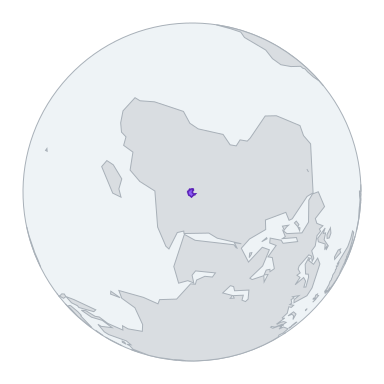 globe centered on Central Equatoria, rotated 133°
{"feature_id": "SDS-865", "entity_name": "Central Equatoria", "entity_type": "State", "adm_level": 1, "iso_a3": "SSD", "parent_name": "South Sudan", "parent_adm1": "", "projection": "orthographic", "projection_center": [30.797, 4.842], "detail": "fine", "context": "on_globe", "style": "filled", "palette": "violet", "viewbox_px": 384, "rotation_deg": 133, "n_neighbors": 0, "source": "natural_earth", "source_scale": "10m", "svg_char_len": 7723}
<svg xmlns="http://www.w3.org/2000/svg" viewBox="0 0 384 384"><g transform="rotate(133 192 192)"><circle cx="192" cy="192" r="169" fill="#eef3f6" stroke="#a8b0b8"/><path d="M104.7,47.3L108.7,45.0L98.4,51.5L91.1,57.6L88.5,59.6L84.0,62.4L84.5,61.6L94.4,54.1L104.7,47.3ZM75.4,69.7L74.4,70.7L74.5,70.7L76.8,68.6L74.5,71.0L71.3,73.8L75.4,69.7ZM24.7,168.2L24.1,175.0L25.1,181.6L25.3,189.2L24.9,193.5L25.9,195.3L26.0,198.3L32.7,205.1L38.3,213.8L39.6,224.1L37.9,234.9L43.2,259.0L41.8,265.4L46.2,275.0L53.2,288.2L52.5,287.3L45.8,276.7L39.9,265.7L34.9,254.2L30.7,242.4L27.4,230.3L25.1,218.1L23.6,205.6L23.0,193.1L23.4,180.6L24.7,168.2ZM170.5,24.4L164.0,25.4L170.5,24.4ZM322.1,84.2L323.5,86.2L319.6,81.5L322.8,86.1L326.1,90.0L326.1,89.3L330.5,96.0L335.7,103.3L340.9,112.2L347.2,127.9L346.9,132.9L347.8,135.9L345.4,132.5L345.7,138.6L353.1,155.7L354.1,160.8L352.9,170.6L352.2,166.8L345.7,157.9L347.1,170.1L352.1,180.1L353.9,192.3L351.2,188.6L349.0,178.1L346.7,174.6L345.5,163.8L340.1,148.4L337.2,151.6L335.7,145.4L327.8,133.3L322.6,137.7L315.6,154.8L317.6,170.9L313.9,178.3L302.2,155.7L297.0,140.6L292.8,142.3L280.8,130.2L260.1,130.4L257.2,126.6L253.3,128.6L244.9,125.1L240.3,119.1L235.2,119.7L247.3,135.6L252.8,135.2L257.3,128.7L259.7,134.6L267.8,139.6L258.9,154.5L228.2,168.7L225.2,156.8L202.0,125.4L202.7,121.9L202.6,121.5L202.3,120.8L200.2,126.5L196.2,120.6L208.6,142.1L210.6,151.7L227.8,169.5L226.2,171.4L231.7,175.1L249.4,170.0L249.5,174.1L241.1,193.2L216.6,219.8L219.9,237.3L218.2,252.2L203.1,262.4L204.5,273.8L196.7,277.9L196.3,284.4L190.1,291.3L179.7,297.8L161.9,298.0L160.7,292.2L151.6,280.9L138.9,253.2L143.2,240.4L141.6,230.5L128.7,208.5L131.5,196.3L128.1,191.1L121.1,192.4L117.1,186.3L112.9,186.2L86.5,190.3L78.7,182.3L69.8,158.3L74.7,148.9L75.9,138.1L110.0,102.9L116.8,104.8L143.2,100.4L146.5,101.7L142.9,109.5L162.4,119.2L169.2,112.5L187.2,117.9L199.5,117.6L204.7,102.9L184.5,102.9L181.5,96.0L197.9,89.9L215.6,90.9L215.0,88.3L204.2,82.4L208.6,77.9L200.5,80.2L203.5,82.7L198.5,84.5L195.4,82.3L197.1,80.6L191.9,79.5L185.2,88.6L187.6,92.2L173.7,94.0L176.3,100.4L172.4,103.4L166.5,93.9L167.4,90.4L156.2,80.9L154.1,84.6L164.5,94.1L161.0,93.3L158.2,99.3L157.7,94.2L146.9,83.7L134.6,86.2L118.3,101.0L111.3,102.5L105.7,99.8L112.3,85.1L127.3,83.7L129.8,79.3L127.4,73.2L132.2,73.6L133.0,71.2L138.7,70.8L147.4,65.1L153.3,64.4L157.3,57.8L160.8,56.8L157.4,60.8L158.3,63.7L173.0,63.2L176.0,61.8L177.4,57.7L181.3,58.5L180.8,54.7L189.5,53.3L178.4,52.0L179.7,48.1L185.3,45.3L183.8,43.9L174.7,48.7L172.8,50.9L174.5,53.0L167.7,59.9L162.6,61.2L162.0,53.8L154.6,55.0L157.4,49.4L180.3,38.8L189.5,37.2L203.5,41.9L201.1,43.9L194.8,43.1L200.1,47.1L199.9,45.2L203.1,46.1L205.2,43.2L207.6,43.7L205.5,40.4L208.7,40.7L209.9,42.9L215.7,39.7L222.5,40.2L222.6,39.3L220.9,38.2L230.6,40.0L230.3,39.3L227.0,38.4L224.2,36.5L223.1,34.2L226.5,34.9L227.4,35.9L234.3,39.3L236.1,42.2L237.3,42.3L236.6,40.0L228.2,35.7L226.6,34.2L231.0,35.9L229.2,35.1L229.5,34.6L232.9,34.9L228.3,33.0L226.5,28.4L233.0,29.2L237.2,30.8L239.5,30.1L246.7,32.2L243.6,31.1L243.2,31.0L254.6,35.1L265.6,39.9L276.3,45.5L286.5,51.9L296.2,59.0L305.4,66.8L314.1,75.2L322.1,84.2ZM97.9,120.4L96.9,123.6L97.9,120.4ZM234.3,100.0L244.9,100.7L240.1,91.8L243.8,91.5L240.8,88.8L239.7,91.2L232.5,84.1L237.0,81.7L235.7,78.2L232.1,77.9L224.9,83.5L235.2,93.5L232.8,97.0L234.3,100.0ZM75.9,69.2L76.2,69.0L75.7,69.5L74.8,70.3L75.9,69.2ZM80.6,66.8L76.7,70.6L78.8,68.2L76.8,69.7L78.7,67.0L87.3,60.5L83.1,63.8L80.6,66.8ZM83.7,62.3L81.5,64.3L83.6,62.4L83.7,62.3ZM132.0,60.3L133.8,61.5L131.3,64.1L123.8,66.3L127.3,62.4L132.0,60.3ZM136.8,62.8L138.4,55.6L143.1,54.4L140.2,56.2L143.1,56.1L139.2,59.1L142.2,65.6L140.2,68.4L127.5,70.1L132.8,67.7L130.8,66.4L136.8,62.8ZM134.0,43.9L134.8,42.0L144.0,41.7L142.3,43.5L134.7,45.5L132.3,44.5L134.0,43.9ZM140.8,31.0L132.5,33.9L131.5,34.3L125.7,36.9L120.8,38.9L124.8,37.0L116.7,40.9L118.3,40.0L113.1,42.6L116.0,41.1L128.2,35.6L140.8,31.0ZM175.2,26.1L171.6,26.1L174.6,27.2L169.6,27.6L170.3,27.8L166.6,28.6L163.2,30.1L161.0,30.2L160.6,30.7L158.1,31.5L156.9,32.4L152.6,33.1L150.7,34.3L149.7,34.0L147.6,36.0L147.2,34.9L144.0,36.2L146.0,36.6L125.8,40.8L117.6,44.3L111.0,48.0L111.2,46.3L117.6,42.0L126.8,37.3L134.6,34.6L133.3,34.6L136.7,33.4L136.3,33.9L138.9,32.5L141.6,31.7L149.7,29.0L151.8,28.0L154.9,27.3L155.4,27.3L158.1,26.6L161.1,26.2L163.3,25.8L168.6,25.2L168.3,25.9L170.8,25.4L174.9,25.3L175.2,26.1ZM163.6,25.4L163.9,25.4L166.7,25.0L166.2,25.1L171.9,24.2L172.7,24.4L170.3,24.9L162.2,25.8L159.7,26.2L155.2,27.1L163.6,25.4ZM150.4,98.7L153.0,99.0L157.0,98.6L155.3,102.6L150.4,98.7ZM142.9,91.6L145.2,91.1L144.8,96.0L142.2,95.9L142.9,91.6ZM146.9,86.9L145.4,90.7L144.6,88.6L146.9,86.9ZM159.7,60.3L162.2,59.8L162.3,60.7L160.8,62.2L159.7,60.3ZM182.9,31.2L181.2,30.7L182.0,30.4L181.4,28.8L185.0,28.6L186.8,29.5L182.9,31.2ZM201.0,105.4L197.3,108.2L195.5,106.9L197.2,106.1L201.0,105.4ZM175.0,105.2L180.8,107.1L174.5,106.3L175.0,105.2ZM186.7,30.7L186.0,30.0L188.2,30.4L186.7,30.7ZM187.6,28.4L190.3,28.6L185.4,28.4L187.6,28.4ZM261.0,325.7L261.5,327.5L259.1,327.8L261.0,325.7ZM246.9,249.2L235.0,275.4L227.1,275.7L225.8,268.1L230.3,252.3L239.6,247.6L244.2,240.4L246.9,249.2ZM358.4,221.3L358.5,220.4L358.5,220.8L358.4,221.3ZM358.8,217.7L358.9,217.9L358.4,219.4L358.8,217.7ZM359.0,218.0L358.9,218.0L359.0,217.9L359.0,218.0ZM358.5,217.8L355.4,217.8L353.7,215.9L354.5,212.9L357.3,213.4L358.5,217.8ZM354.4,212.8L351.2,205.0L343.8,182.0L346.5,182.2L353.6,195.9L353.3,198.3L355.2,204.6L354.4,212.8ZM360.4,197.4L360.0,204.9L358.7,204.4L357.9,203.2L357.4,193.7L357.7,188.9L358.5,188.9L359.4,172.6L360.1,176.5L360.4,183.4L360.9,189.8L360.4,197.4ZM318.3,172.4L322.2,181.9L319.9,183.7L318.3,172.4ZM358.1,161.4L358.8,168.4L357.6,159.1L358.1,161.4ZM356.3,152.8L357.1,156.3L356.3,152.9L356.3,152.8ZM349.4,140.5L348.6,141.4L347.8,139.0L348.3,136.5L349.4,140.5ZM344.7,119.9L347.8,126.7L348.7,129.0L346.9,124.9L344.7,119.9ZM216.4,31.2L213.2,33.3L213.3,35.5L217.1,37.3L210.4,36.0L210.3,32.7L216.4,31.2ZM224.9,28.5L221.6,27.4L223.9,27.6L225.0,27.9L224.9,28.5ZM222.3,28.0L216.6,27.2L215.3,26.5L220.1,27.2L222.3,28.0ZM201.7,28.0L200.5,28.6L198.7,28.2L201.7,28.0ZM330.3,289.0L331.0,287.8L334.4,282.8L342.4,267.8L342.5,268.1L346.9,258.0L350.2,251.3L344.7,264.4L338.0,277.0L330.3,289.0ZM360.2,208.3L360.2,208.1L360.7,200.7L360.9,191.8L360.9,188.1L361.0,190.8L360.9,191.5L360.9,194.8L360.2,208.3ZM356.4,152.8L356.0,151.7L352.2,138.6L352.2,138.3L355.1,147.9L355.5,149.3L356.4,152.8ZM232.3,27.9L233.3,28.2L231.3,27.7L231.0,27.6L232.3,27.9Z" fill="#d9dde1" stroke="#a8b0b8" stroke-width="1"/><path d="M189.1,193.5L189.0,193.4L189.0,193.2L189.0,192.9L189.7,192.4L189.8,192.3L189.8,192.2L190.0,192.2L190.3,192.2L190.4,192.4L190.5,192.4L190.6,192.5L190.7,192.4L190.8,192.4L191.2,192.0L191.3,191.9L191.6,191.7L192.1,191.6L192.2,191.4L192.2,190.5L192.3,190.4L192.5,190.1L192.5,189.9L192.4,189.7L192.1,189.3L191.9,189.2L191.7,188.9L191.3,188.6L190.9,188.2L191.6,188.2L191.8,188.1L192.1,188.0L192.8,188.5L193.1,188.6L194.1,188.8L194.3,188.9L194.6,188.8L196.1,188.9L196.1,189.2L196.1,191.1L196.2,191.3L196.4,191.9L196.5,192.0L196.5,192.3L196.4,192.4L196.3,192.6L196.0,193.2L195.9,193.6L195.8,193.8L195.7,193.9L195.6,194.0L195.3,194.2L195.2,194.3L195.0,194.9L195.0,195.0L194.9,195.0L194.6,195.3L194.4,195.4L194.2,195.4L194.2,195.5L193.7,195.3L193.5,195.1L193.3,195.1L193.2,195.1L192.9,195.2L192.8,195.3L192.7,195.3L192.4,195.4L192.4,195.5L192.2,195.8L192.1,196.0L192.1,195.9L192.1,195.7L191.9,195.7L191.9,195.4L191.8,195.5L191.7,195.6L191.4,195.6L191.3,195.4L191.2,195.0L191.2,194.9L190.9,194.8L190.6,194.7L190.3,194.6L190.2,194.6L190.1,194.4L190.0,194.2L189.9,194.1L189.7,194.0L189.7,193.9L189.4,193.8L189.4,193.7L189.5,193.7L189.4,193.5L189.2,193.5L189.1,193.5Z" fill="#8b5cf6" stroke="#5b21b6" stroke-width="1.5"/></g></svg>